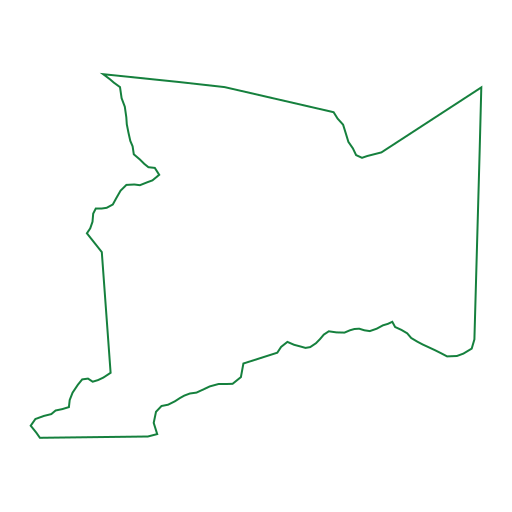 Gurjão, Paraíba, Brazil
{"feature_id": "56859067B53203930755838", "entity_name": "Gurjão", "entity_type": "district", "adm_level": 2, "iso_a3": "BRA", "parent_name": "Brazil", "parent_adm1": "Paraíba", "projection": "equal_earth", "projection_center": [-36.483, -7.267], "detail": "fine", "context": "isolated", "style": "outline", "palette": "green", "viewbox_px": 512, "rotation_deg": 0, "n_neighbors": 0, "source": "geoboundaries", "source_scale": "gbopen_adm2", "svg_char_len": 1525}
<svg xmlns="http://www.w3.org/2000/svg" viewBox="0 0 512 512"><path d="M481.3,87.4L381.4,152.4L367.3,156.0L362.0,157.8L356.1,155.1L352.9,148.4L348.4,141.9L345.8,133.4L343.1,124.7L337.6,118.6L333.6,112.2L224.6,87.1L178.9,82.0L103.2,74.2L110.0,79.3L113.8,82.6L120.0,87.1L121.6,98.2L124.8,106.7L126.3,117.2L126.8,124.3L128.4,132.4L130.3,140.9L132.6,146.3L133.8,154.3L139.9,159.5L144.2,163.8L148.4,167.2L154.8,167.9L159.2,174.8L152.4,180.4L147.7,182.1L139.9,185.2L134.4,184.5L126.4,184.9L120.6,190.6L116.3,198.1L112.8,204.5L106.7,207.8L101.9,208.5L95.8,208.5L93.2,213.6L92.5,221.8L90.2,228.4L86.9,233.3L101.8,252.1L110.6,372.8L103.3,377.6L98.0,380.1L92.7,381.7L88.0,378.6L82.2,379.4L77.9,384.7L72.6,392.6L69.7,400.0L68.9,407.1L62.3,409.1L55.6,410.5L51.3,414.1L44.0,415.9L35.4,419.0L30.7,425.7L36.4,432.8L39.9,437.8L147.9,436.5L157.2,434.1L153.7,422.9L156.0,411.8L161.5,406.0L168.1,404.7L174.9,401.3L180.0,398.0L184.3,395.6L189.9,393.5L196.5,392.6L209.8,386.4L218.6,384.0L226.8,384.0L232.6,383.8L240.9,377.1L243.4,363.5L277.3,352.7L281.1,346.9L287.4,341.9L294.1,344.8L300.9,346.6L305.5,347.9L310.2,347.1L316.0,343.2L320.0,339.1L323.8,334.6L328.8,331.3L336.5,332.4L344.5,332.6L349.9,330.3L354.4,329.0L359.2,328.7L364.4,330.3L369.8,331.1L376.7,328.7L383.0,325.3L387.8,323.9L392.3,321.8L395.1,327.0L401.4,329.9L407.2,333.3L411.2,338.0L417.4,341.7L422.7,344.5L427.9,346.9L435.0,350.2L441.0,353.2L447.1,356.4L456.9,356.0L463.4,353.6L471.7,348.6L474.4,339.4L479.7,149.3L481.3,87.4Z" fill="none" stroke="#15803d" stroke-width="2"/></svg>